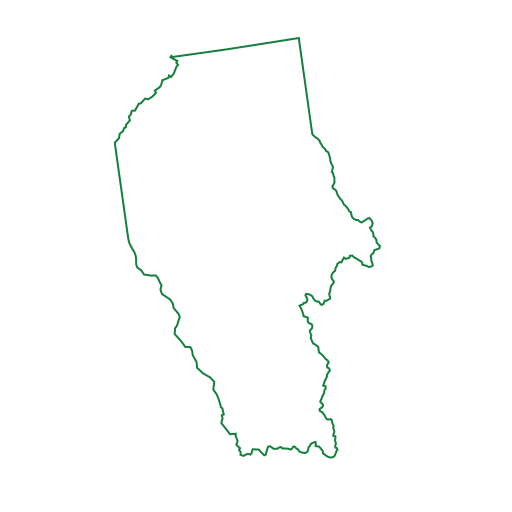 Fairbanks North Star, Alaska, United States of America, rotated 82°
{"feature_id": "52423323B17586964503770", "entity_name": "Fairbanks North Star", "entity_type": "district", "adm_level": 2, "iso_a3": "USA", "parent_name": "United States of America", "parent_adm1": "Alaska", "projection": "mercator", "projection_center": [-145.777, 64.855], "detail": "fine", "context": "isolated", "style": "outline", "palette": "green", "viewbox_px": 512, "rotation_deg": 82, "n_neighbors": 0, "source": "geoboundaries", "source_scale": "gbopen_adm2", "svg_char_len": 4468}
<svg xmlns="http://www.w3.org/2000/svg" viewBox="0 0 512 512"><g transform="rotate(82 256 256)"><path d="M451.0,292.9L450.9,291.0L451.9,289.3L451.0,288.0L449.1,287.3L446.9,286.1L447.4,283.7L448.1,280.2L450.1,278.9L454.5,275.6L454.2,274.1L449.6,272.1L446.6,270.7L446.3,268.7L448.2,266.5L449.4,265.4L449.6,263.4L449.9,262.0L448.8,259.7L448.7,257.9L450.3,256.5L450.7,253.9L451.1,251.8L451.7,250.2L452.5,248.4L451.5,246.8L450.0,245.7L450.0,244.4L452.4,242.7L453.2,241.4L455.3,240.5L456.8,238.6L458.0,234.7L456.7,232.1L454.3,231.1L452.7,230.6L451.4,228.7L449.9,228.2L448.9,225.9L448.4,223.0L450.1,222.9L452.5,223.4L453.6,220.0L455.9,218.5L458.6,217.0L460.9,217.1L462.1,215.8L464.0,213.8L464.9,212.6L466.0,210.2L465.9,207.8L464.9,206.0L462.3,204.4L460.1,203.3L459.4,202.3L457.6,202.5L456.8,204.0L455.1,204.0L452.7,202.9L449.6,203.4L447.5,202.8L445.6,202.5L445.0,204.4L443.9,204.4L440.9,202.8L436.7,203.5L435.3,202.7L432.9,203.5L428.6,204.0L427.9,204.8L428.1,206.3L427.5,208.6L425.6,209.5L423.5,210.2L420.0,212.0L418.4,214.3L416.5,214.4L414.6,211.0L412.8,210.3L410.9,211.4L410.0,212.4L409.0,212.6L406.0,210.7L403.9,209.6L401.5,207.8L398.3,206.8L397.0,205.5L394.7,205.2L393.7,207.5L389.9,205.6L385.2,202.5L383.5,202.3L381.3,200.4L379.7,198.8L377.4,199.2L376.3,201.0L374.1,200.9L371.3,198.8L369.2,199.7L368.0,201.2L363.8,203.7L361.5,205.7L360.1,207.1L354.7,207.0L351.9,209.7L350.6,211.6L348.4,212.3L344.7,213.2L342.2,212.3L340.9,212.7L338.8,213.1L337.4,213.1L335.4,210.6L333.2,209.9L331.2,210.4L330.2,212.5L328.8,213.7L326.8,213.8L324.3,213.2L322.9,215.8L322.2,217.3L319.9,217.4L318.3,217.7L315.9,218.2L313.6,218.9L311.2,219.8L310.1,215.7L309.0,215.1L309.2,213.5L308.2,212.0L306.3,211.1L304.8,211.4L301.7,212.5L300.5,211.7L301.1,209.4L302.2,207.5L303.6,205.9L306.1,205.1L308.3,203.8L309.7,201.9L309.8,200.3L312.1,199.1L313.6,198.0L312.9,196.0L309.8,194.1L310.2,192.4L309.2,190.2L308.6,188.6L307.3,188.3L305.8,188.7L303.3,188.7L300.9,187.3L298.9,187.0L295.9,185.6L293.9,183.4L292.1,182.4L289.4,183.9L286.8,184.3L284.3,183.1L282.9,181.7L281.7,179.8L278.6,178.7L277.0,177.1L275.3,176.7L273.7,174.1L274.2,172.4L269.8,169.1L271.3,167.6L271.0,164.6L270.5,163.5L268.9,163.0L268.9,160.8L270.9,159.1L273.1,156.2L274.9,154.2L276.2,152.4L277.8,151.7L279.5,151.9L280.3,149.8L281.3,147.6L282.7,145.7L282.3,142.7L281.4,141.6L279.7,141.7L276.7,142.5L274.1,142.2L272.4,142.5L270.6,141.4L269.4,139.3L266.7,138.0L266.3,135.8L265.6,132.8L263.2,131.9L261.7,133.2L259.3,134.7L256.4,134.6L254.1,135.9L252.6,137.1L250.6,136.6L248.5,137.0L246.7,138.3L243.7,139.2L242.8,137.3L239.8,135.9L237.0,136.6L234.2,138.4L234.5,140.4L235.9,143.1L236.7,145.0L237.5,146.9L236.0,148.9L234.6,149.8L234.2,151.9L233.0,153.8L230.8,155.4L228.7,155.8L225.9,155.9L224.9,157.3L223.1,157.9L220.5,159.2L218.7,160.5L217.3,161.8L214.3,162.7L213.0,163.2L210.9,164.8L209.4,165.5L207.5,166.4L206.0,166.9L202.8,167.4L201.1,168.6L199.6,170.5L197.6,170.6L196.3,169.6L194.4,168.1L191.4,167.8L189.2,167.4L187.8,168.0L184.9,168.1L183.5,169.2L180.9,168.2L178.0,167.4L176.1,168.2L173.0,169.1L171.5,169.1L169.2,169.1L166.9,169.4L164.7,169.6L162.7,170.5L161.7,172.1L159.9,172.6L158.4,173.8L157.3,174.8L155.0,175.5L152.7,176.6L151.1,176.9L148.3,178.6L147.0,180.3L144.4,182.6L143.1,183.3L137.8,183.3L132.4,183.3L127.3,183.3L118.0,183.3L106.3,183.3L96.9,183.3L95.2,183.3L46.1,183.3L47.3,255.7L47.3,292.0L47.3,310.7L46.0,312.0L47.3,313.1L51.9,306.8L53.5,308.0L55.9,306.6L57.6,308.5L64.1,312.2L67.0,315.3L65.2,317.0L67.4,318.0L68.9,324.2L73.5,326.1L75.6,328.1L78.1,333.2L80.5,332.3L84.0,336.9L85.8,341.1L84.7,343.9L88.9,349.0L88.9,350.9L95.2,355.6L94.9,358.8L98.3,360.2L100.3,362.5L104.1,362.0L108.1,366.5L110.5,367.0L111.0,368.9L113.7,370.2L116.0,374.0L120.3,375.3L123.9,379.8L125.7,380.1L192.6,380.1L221.0,380.1L225.2,379.7L230.4,378.0L235.0,376.0L239.0,375.1L241.8,375.1L247.6,375.8L251.0,375.1L254.0,371.8L258.8,369.4L260.9,362.3L261.3,358.0L264.0,356.3L268.3,355.0L272.0,353.7L276.0,355.3L280.6,354.4L283.8,350.8L287.0,347.2L291.4,345.0L296.0,344.8L302.0,341.1L305.6,339.9L309.7,342.0L313.9,343.8L316.3,346.2L322.0,347.4L330.0,341.9L336.2,338.7L337.1,333.6L341.0,332.4L345.1,332.5L353.0,329.6L358.5,329.9L365.0,324.6L369.7,318.5L374.8,314.8L382.3,316.9L388.0,314.0L393.7,312.7L400.9,311.7L402.3,310.5L408.4,310.0L408.9,312.0L412.0,311.7L416.5,313.6L428.9,306.5L429.2,300.8L431.0,301.3L436.6,300.0L440.3,301.7L444.1,298.6L445.7,299.9L447.9,298.5L450.7,299.0L452.2,296.2L451.0,292.9Z" fill="none" stroke="#15803d" stroke-width="2"/></g></svg>